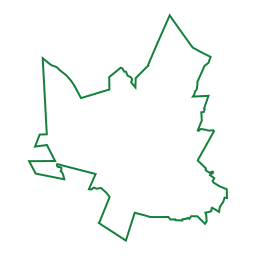 outline of Bulawayo, Bulawayo, Zimbabwe
{"feature_id": "62879985B51719638002761", "entity_name": "Bulawayo", "entity_type": "district", "adm_level": 2, "iso_a3": "ZWE", "parent_name": "Zimbabwe", "parent_adm1": "Bulawayo", "projection": "natural_earth1", "projection_center": [28.57, -20.11], "detail": "fine", "context": "isolated", "style": "outline", "palette": "green", "viewbox_px": 256, "rotation_deg": 0, "n_neighbors": 0, "source": "geoboundaries", "source_scale": "gbopen_adm2", "svg_char_len": 2188}
<svg xmlns="http://www.w3.org/2000/svg" viewBox="0 0 256 256"><path d="M168.4,217.0L170.4,219.5L175.3,219.4L175.4,220.2L182.3,220.5L182.4,219.3L186.9,218.7L187.4,218.0L188.0,217.9L189.3,218.8L191.2,216.2L197.4,216.3L205.0,223.8L206.6,221.4L206.3,215.5L205.7,213.3L205.4,212.7L207.0,212.3L207.5,212.3L211.3,211.2L211.6,208.5L211.7,208.1L212.1,207.7L212.6,208.0L219.1,211.9L219.6,207.8L219.9,206.9L221.8,203.9L223.1,202.2L224.6,197.7L226.9,198.0L226.8,189.3L219.0,186.0L213.4,182.5L212.6,181.0L214.3,178.2L212.7,177.0L210.0,175.2L210.4,174.5L212.5,173.3L213.1,172.5L213.1,172.1L212.7,171.6L209.4,172.7L206.3,170.7L205.5,169.8L205.9,168.4L197.8,160.5L198.1,159.6L214.0,131.2L213.2,130.3L209.2,130.6L207.4,130.3L205.3,129.6L204.1,129.7L202.9,129.2L200.6,129.1L198.6,130.9L197.8,130.4L201.8,120.4L201.3,112.3L203.7,112.0L204.7,109.0L204.1,108.4L208.5,95.8L205.0,96.0L200.8,96.2L196.3,96.4L192.9,96.6L194.1,94.8L195.1,91.3L196.0,90.5L196.1,90.3L196.9,88.6L197.4,84.2L197.4,81.8L204.6,65.8L208.5,62.8L210.6,56.9L201.7,52.5L195.2,48.9L192.9,47.7L190.4,44.5L179.8,29.7L173.4,20.7L169.7,15.4L156.9,44.4L150.5,59.3L148.2,64.8L148.3,65.9L147.1,66.6L135.7,78.2L135.4,87.4L132.8,84.3L131.9,83.3L131.1,81.9L131.7,80.9L132.1,79.5L131.6,78.2L130.8,77.2L127.7,75.7L126.7,73.7L126.4,72.4L125.9,71.7L124.4,71.7L123.4,70.2L122.5,68.5L120.7,67.7L109.2,77.1L109.4,89.5L101.3,91.9L81.0,98.1L74.8,86.4L71.1,80.8L66.4,75.4L60.2,70.5L59.8,70.2L57.0,67.4L53.7,65.9L52.3,65.7L50.1,64.3L42.7,58.2L42.7,58.3L46.8,134.3L39.7,134.6L35.0,146.6L46.9,145.0L55.1,161.0L29.1,161.2L35.7,173.6L64.3,179.3L63.5,176.3L63.2,174.9L62.7,173.7L61.9,172.3L60.7,171.2L61.4,170.0L61.3,167.8L60.2,167.2L57.9,166.9L56.9,165.7L57.3,164.1L73.4,168.3L73.5,168.3L95.6,174.0L95.1,175.2L88.9,189.2L90.4,189.6L91.2,189.3L92.0,189.1L92.6,188.6L93.1,188.0L93.6,187.7L94.1,187.7L94.6,187.8L94.9,188.0L95.5,188.2L96.0,188.6L96.4,188.7L96.8,188.7L98.4,188.4L100.1,188.1L101.0,188.0L101.7,188.6L105.4,191.9L106.3,192.7L107.2,193.8L107.3,194.0L109.4,196.7L109.5,196.9L109.2,198.1L106.8,204.1L103.6,211.9L101.6,216.9L99.8,221.4L98.8,223.0L125.9,240.6L134.7,212.8L144.8,215.4L150.5,217.1L168.4,217.0Z" fill="none" stroke="#15803d" stroke-width="2"/></svg>